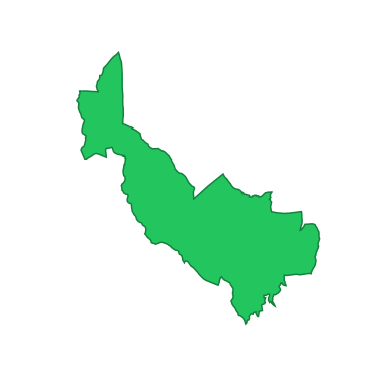 Mariano Escobedo, Veracruz, Mexico, rotated 201°
{"feature_id": "50627088B59483317107239", "entity_name": "Mariano Escobedo", "entity_type": "district", "adm_level": 2, "iso_a3": "MEX", "parent_name": "Mexico", "parent_adm1": "Veracruz", "projection": "orthographic", "projection_center": [-97.17, 18.926], "detail": "fine", "context": "isolated", "style": "filled", "palette": "green", "viewbox_px": 384, "rotation_deg": 201, "n_neighbors": 0, "source": "geoboundaries", "source_scale": "gbopen_adm2", "svg_char_len": 5992}
<svg xmlns="http://www.w3.org/2000/svg" viewBox="0 0 384 384"><g transform="rotate(201 192 192)"><path d="M65.4,205.6L66.9,205.7L68.9,205.2L72.9,203.2L74.9,202.4L75.3,199.4L76.0,197.9L76.5,195.6L77.3,195.0L77.9,198.6L77.9,200.9L78.4,203.2L79.2,205.5L80.4,207.7L81.7,211.0L82.8,212.9L94.0,206.9L98.9,204.8L99.9,204.5L102.3,203.9L104.0,203.3L110.5,202.1L111.0,202.6L113.2,206.1L114.1,211.2L115.4,211.8L116.3,213.4L116.4,213.5L116.8,213.2L116.4,215.3L117.1,215.6L117.7,217.7L118.0,217.9L117.7,218.7L117.7,218.9L117.3,220.6L118.0,220.5L117.8,219.4L119.9,219.7L123.1,217.6L124.4,214.8L125.5,212.6L127.3,211.3L127.7,212.0L127.9,212.1L128.6,212.2L129.8,211.4L130.2,212.0L130.9,212.0L132.5,211.3L132.7,210.5L134.0,210.0L133.8,209.6L133.6,209.5L133.7,209.3L134.9,208.5L135.0,208.6L136.7,208.0L136.9,209.3L137.3,209.5L138.2,209.3L140.2,209.1L140.7,209.2L141.4,209.0L142.1,208.7L143.6,209.8L145.3,209.8L145.0,208.7L145.9,209.5L147.9,210.7L149.9,211.0L151.5,210.5L152.9,210.5L155.0,210.7L157.3,211.8L159.0,213.2L162.9,215.5L163.6,216.2L166.9,217.6L167.9,218.4L169.5,219.9L179.1,203.4L187.8,186.1L188.3,187.0L189.3,189.5L189.9,190.3L190.8,193.2L191.0,196.5L192.1,197.4L194.2,197.5L198.2,199.5L203.7,204.1L207.3,205.4L208.8,205.5L210.3,205.1L212.2,205.5L216.0,207.5L218.4,210.6L221.8,213.2L222.5,214.2L222.7,214.8L224.8,216.2L226.0,217.4L231.2,219.6L233.3,220.0L234.3,219.9L234.6,219.4L239.2,220.4L244.3,218.2L246.3,218.3L247.6,218.6L249.3,219.4L250.4,220.9L252.4,221.2L254.9,222.1L256.3,222.9L256.9,222.8L258.3,223.2L260.6,226.4L261.4,227.7L266.2,229.0L269.9,229.5L270.7,229.4L270.2,230.9L272.6,231.1L273.1,230.7L279.3,231.2L281.0,231.0L281.3,231.1L282.5,234.7L283.5,238.5L284.6,241.6L286.4,245.9L287.2,247.1L287.9,248.7L289.7,253.0L290.5,255.6L292.0,259.1L292.8,260.5L295.1,265.6L297.5,272.1L299.1,275.9L299.2,276.4L301.4,281.4L304.4,287.8L306.8,290.6L308.8,293.6L310.7,296.0L311.9,293.1L313.6,290.5L314.8,287.6L317.4,279.6L318.8,276.3L318.9,275.4L318.6,274.6L318.3,273.8L318.0,269.5L318.4,268.5L319.2,267.9L319.8,267.8L319.8,267.6L318.9,264.6L319.0,263.4L319.5,262.5L319.8,260.7L319.2,258.5L319.3,257.6L319.1,256.4L318.7,255.7L317.9,254.8L317.5,254.0L317.0,253.7L316.9,253.4L315.7,252.6L315.7,252.4L315.5,251.8L318.7,251.0L320.2,250.4L324.5,249.1L325.7,248.8L329.3,247.5L331.6,246.3L332.6,246.4L333.1,246.0L332.5,245.2L331.9,243.7L331.9,242.6L332.1,242.4L332.1,241.6L331.5,240.8L331.3,240.1L331.7,239.1L332.0,237.9L332.2,236.6L332.1,235.9L329.9,234.9L329.1,233.4L328.3,230.0L326.1,227.2L324.7,225.8L324.0,225.5L322.8,223.6L321.6,222.1L320.1,221.4L318.3,221.0L317.9,219.1L317.9,216.9L317.7,214.8L316.9,210.7L316.2,208.7L315.1,207.4L314.5,207.1L313.6,207.1L310.8,206.2L310.8,204.1L310.0,203.3L310.0,202.8L309.6,202.1L309.8,201.2L309.5,200.2L309.1,196.6L310.7,193.6L310.6,191.3L303.7,184.2L302.2,184.8L301.5,186.2L300.6,187.4L298.9,189.4L298.2,190.6L297.1,192.1L296.1,193.1L295.5,193.6L292.8,194.0L284.5,193.8L286.7,198.3L287.4,199.2L287.8,200.8L287.8,201.7L287.5,202.0L285.3,203.2L282.8,205.0L281.6,203.9L280.2,202.1L279.3,201.3L278.2,200.8L274.9,200.6L268.8,201.7L269.3,200.8L267.1,201.0L266.6,199.3L266.0,199.4L264.6,193.2L265.1,193.2L264.0,187.1L263.6,186.5L263.5,185.8L263.0,185.1L262.4,183.9L261.5,182.7L260.4,182.4L259.7,181.5L259.0,179.8L258.9,178.2L259.2,175.9L260.0,174.9L260.3,172.6L258.8,170.5L258.4,169.2L258.1,168.6L256.7,168.0L255.6,166.8L253.8,166.4L252.5,166.3L251.8,166.6L250.7,166.2L250.2,165.1L250.1,163.0L249.8,161.5L248.8,159.8L247.7,159.3L246.4,159.0L245.6,159.3L244.1,158.8L243.4,156.9L240.7,152.3L239.2,151.3L238.2,150.2L236.0,149.2L235.3,148.3L234.7,147.6L234.1,146.6L231.8,145.3L229.9,144.9L228.3,145.1L227.7,144.7L226.3,143.4L223.3,142.7L221.8,140.9L221.2,138.5L220.9,137.0L221.2,136.0L219.7,135.3L218.4,134.3L216.4,133.3L214.4,132.7L213.1,131.8L211.9,130.1L210.6,130.0L208.9,130.4L207.6,130.1L205.3,131.9L203.6,133.6L201.7,134.4L197.9,134.6L196.0,134.5L193.8,133.9L192.2,133.7L191.8,133.2L189.4,132.4L186.8,131.8L184.5,132.2L183.1,131.8L182.3,130.3L181.4,129.4L180.2,129.4L178.9,129.1L177.3,127.3L176.4,125.4L173.7,123.2L173.6,124.9L172.3,125.6L170.8,125.5L166.7,122.7L165.1,122.2L162.9,121.6L157.5,118.8L155.7,117.6L150.2,115.1L147.1,114.5L134.3,114.3L134.3,117.8L134.7,119.0L134.8,122.4L134.0,123.5L133.6,122.9L133.0,122.5L131.7,121.9L131.0,122.0L130.4,121.3L127.1,121.3L125.7,120.8L125.2,120.9L124.2,120.8L123.7,120.3L123.2,119.4L122.7,118.9L121.6,118.5L120.4,117.4L119.4,116.8L118.5,115.0L118.2,114.0L118.4,113.2L117.7,112.0L117.6,111.1L116.5,109.9L115.9,107.8L116.6,104.2L115.1,102.6L114.7,101.8L112.8,100.5L112.4,100.1L110.8,99.4L107.7,96.6L105.8,95.5L105.0,93.9L104.3,93.5L103.3,93.7L99.9,93.0L98.5,92.3L96.9,91.2L94.4,88.0L93.8,89.5L94.4,91.7L94.1,92.2L93.1,92.9L92.9,93.7L93.0,94.6L93.7,96.0L93.9,96.8L93.8,97.5L93.4,98.3L93.3,99.1L93.1,99.4L92.9,99.7L91.1,99.8L91.1,101.7L90.8,102.0L89.2,103.1L89.0,102.2L87.7,100.7L86.0,99.4L85.3,99.6L86.4,104.9L83.7,106.6L85.8,110.2L86.4,111.8L84.2,113.7L84.3,114.1L83.9,114.7L83.9,115.1L85.4,116.9L85.2,118.0L85.3,119.6L86.8,119.2L87.3,120.1L87.8,121.3L85.9,122.0L84.0,124.3L83.3,124.4L82.9,124.2L82.6,123.3L82.4,122.3L82.4,120.5L81.7,118.2L81.1,117.8L80.7,117.6L80.0,116.9L79.9,117.4L79.2,118.0L78.3,117.1L75.0,115.6L73.6,115.3L74.5,116.3L77.9,119.1L78.1,120.6L78.8,122.3L78.8,125.7L77.3,126.0L76.2,127.4L74.9,129.4L74.3,131.4L74.3,132.6L75.1,133.4L76.8,134.8L76.8,135.5L76.4,136.5L76.2,139.2L75.7,139.4L74.3,138.2L72.8,137.9L70.6,138.2L71.2,139.2L72.4,140.1L73.0,141.5L74.1,142.3L75.8,146.5L76.1,147.4L73.5,148.1L65.0,152.7L61.8,153.3L53.8,157.8L52.1,158.3L51.5,158.3L51.6,159.1L51.7,161.9L51.4,163.7L51.4,164.5L51.0,165.9L50.9,168.5L51.2,170.2L51.5,171.4L51.7,172.5L52.3,173.4L53.8,175.2L54.0,176.7L53.8,177.1L53.8,177.8L54.3,179.3L54.3,180.0L54.2,182.0L54.4,182.8L54.1,185.0L54.3,186.2L54.4,186.9L55.3,187.7L55.4,188.0L55.9,189.0L56.0,193.4L56.1,194.1L57.5,195.9L57.9,196.8L58.0,197.4L58.8,199.3L59.1,199.9L59.6,200.6L60.8,201.5L62.6,203.4L64.7,204.8L65.4,205.6Z" fill="#22c55e" stroke="#15803d" stroke-width="1.5"/></g></svg>